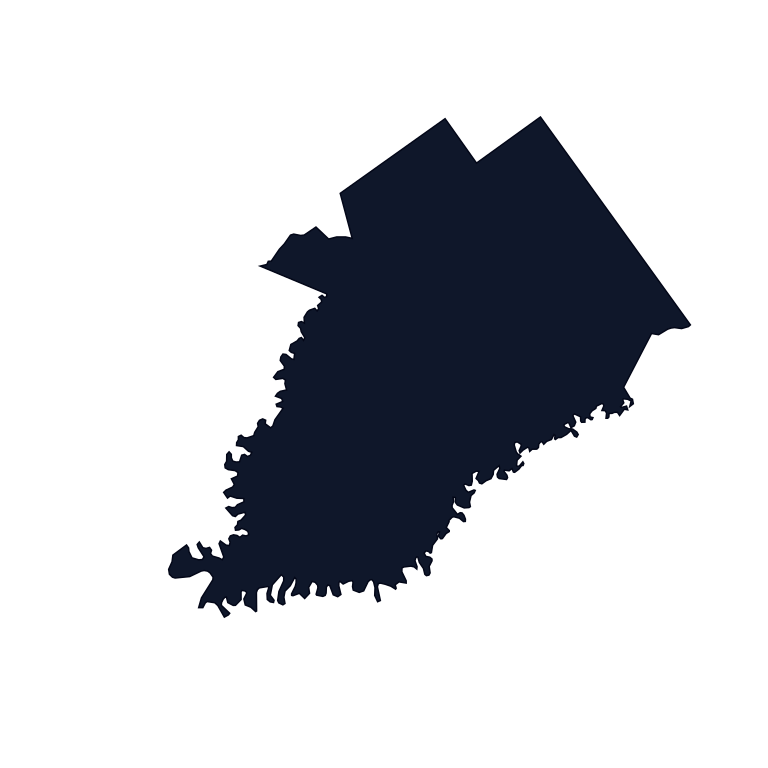 San Pedro, Misiones, Argentina, rotated 55°
{"feature_id": "61730980B51205763692060", "entity_name": "San Pedro", "entity_type": "district", "adm_level": 2, "iso_a3": "ARG", "parent_name": "Argentina", "parent_adm1": "Misiones", "projection": "orthographic", "projection_center": [-53.77, -26.751], "detail": "fine", "context": "isolated", "style": "filled", "palette": "ink", "viewbox_px": 768, "rotation_deg": 55, "n_neighbors": 0, "source": "geoboundaries", "source_scale": "gbopen_adm2", "svg_char_len": 6169}
<svg xmlns="http://www.w3.org/2000/svg" viewBox="0 0 768 768"><g transform="rotate(55 384 384)"><path d="M202.7,310.5L246.5,326.5L241.5,331.1L236.4,338.4L233.5,346.2L216.4,349.7L216.2,364.0L214.5,367.1L209.4,372.0L208.4,375.2L212.1,385.4L213.6,392.4L218.7,405.9L217.1,408.4L218.9,411.4L216.4,417.8L277.4,379.2L279.5,380.9L279.0,383.1L275.8,383.9L275.7,387.5L278.8,386.9L281.1,388.1L281.6,393.3L284.8,394.3L285.8,396.9L282.3,397.3L280.8,402.7L281.0,405.3L283.5,411.2L288.5,414.3L285.5,415.8L284.6,418.7L286.9,420.9L290.5,420.4L293.7,421.8L300.6,422.3L302.1,424.9L298.6,425.0L298.0,427.3L298.9,430.5L298.2,437.6L302.2,442.4L304.9,441.8L307.7,439.7L312.2,443.7L310.4,445.4L303.6,447.3L301.5,449.6L302.7,453.0L305.2,455.5L312.3,455.4L314.7,457.3L313.0,463.8L315.2,470.6L318.2,470.0L321.4,463.6L324.3,462.5L326.9,465.0L333.0,467.2L330.5,473.2L330.5,476.6L331.7,479.9L337.2,476.1L340.2,477.0L338.7,483.9L341.1,484.6L343.5,481.9L346.0,480.6L350.7,493.8L354.6,499.1L354.9,502.0L348.4,504.1L345.8,501.7L343.0,503.4L342.3,506.8L343.7,510.1L346.8,511.5L349.4,517.6L351.6,520.3L349.6,527.1L347.5,529.5L344.0,530.4L343.5,533.4L346.2,535.3L347.5,538.3L349.8,540.1L354.6,535.1L361.4,533.6L364.1,531.5L365.8,534.3L365.1,537.4L361.7,538.6L360.7,541.4L364.9,547.0L363.0,550.0L360.4,552.1L356.9,551.4L354.0,549.4L350.7,549.8L351.5,553.2L357.1,557.3L358.6,560.6L361.6,562.2L364.8,560.7L369.6,555.6L372.8,554.4L375.4,556.8L374.1,563.4L380.4,564.2L381.6,567.1L380.3,574.2L380.8,577.5L387.7,577.6L387.5,574.3L393.1,570.1L397.4,564.5L400.2,566.3L398.8,573.2L399.7,576.6L398.1,579.4L395.3,581.5L394.9,584.7L405.0,583.6L407.3,581.8L406.8,578.3L409.2,571.6L411.9,572.4L413.5,579.2L412.8,582.5L415.3,584.8L416.0,588.3L418.6,589.5L420.3,586.6L420.6,583.4L423.5,581.3L426.6,580.0L429.9,581.2L429.4,584.1L426.7,586.5L427.0,590.0L423.7,591.3L421.2,593.8L420.3,597.0L421.8,599.9L425.4,600.8L427.6,603.4L425.4,605.8L418.7,608.1L420.2,610.7L433.9,614.5L435.2,617.3L432.0,618.9L426.5,623.3L423.3,623.3L421.2,620.6L417.8,620.6L416.6,624.1L414.2,626.3L407.5,625.9L408.3,629.1L411.6,630.1L422.3,630.5L423.6,633.4L421.8,636.6L416.3,641.0L409.3,639.9L406.2,638.1L402.6,638.1L403.1,655.1L408.0,659.5L412.3,666.7L416.8,668.9L420.9,668.1L423.1,666.4L430.3,653.6L432.4,641.0L433.6,638.3L436.1,635.8L439.0,634.8L444.2,634.8L446.2,636.5L454.5,656.2L460.9,664.1L463.3,660.7L460.8,655.9L460.7,653.7L466.1,648.1L470.2,647.2L483.4,648.5L483.9,643.9L483.3,641.9L472.0,644.2L469.9,642.5L468.0,639.1L467.5,636.8L468.1,635.3L473.5,637.3L478.9,634.5L480.1,632.6L478.6,624.7L472.2,620.3L471.6,618.9L473.4,616.8L475.6,616.0L476.7,616.6L479.7,622.1L485.4,624.4L490.5,621.1L496.8,619.7L496.9,618.6L481.6,608.1L479.9,605.7L479.5,603.1L483.1,595.6L484.3,594.7L488.5,600.0L493.6,603.2L497.2,602.2L499.6,599.8L498.1,598.1L491.8,598.3L484.5,590.7L481.3,577.5L484.7,576.9L487.8,579.2L493.7,589.1L500.4,595.3L503.0,595.7L506.9,593.5L507.0,591.0L501.2,588.3L496.9,583.9L495.5,576.5L491.3,568.1L493.5,567.9L496.5,570.1L498.9,572.8L502.9,580.1L504.2,580.9L505.2,580.0L506.9,573.4L514.2,572.0L512.7,565.0L507.4,562.4L504.5,556.1L507.0,554.1L510.9,553.8L513.1,555.1L517.3,560.2L518.3,560.3L522.9,555.9L523.4,553.4L522.1,551.4L517.3,547.7L516.4,545.1L518.3,544.1L527.6,546.5L531.7,543.9L531.7,540.0L523.4,536.8L520.8,534.9L520.3,533.3L524.4,532.2L525.3,526.1L526.8,522.9L528.7,523.1L531.9,526.0L535.2,527.4L540.5,523.8L541.8,519.3L536.8,510.4L536.5,507.6L537.3,506.1L540.1,506.0L545.7,508.2L551.9,512.9L558.7,514.1L559.3,511.2L546.3,505.7L544.2,503.1L545.2,501.0L548.7,497.9L553.5,494.4L558.7,492.2L558.3,491.2L554.9,490.0L554.7,485.2L559.8,480.0L557.9,478.7L548.1,477.1L545.0,474.8L545.3,472.6L548.6,466.5L551.1,464.2L554.4,463.3L552.6,461.7L546.5,460.0L544.6,457.7L544.4,456.2L545.3,455.6L550.4,457.4L557.7,457.5L563.3,459.7L565.3,459.2L566.3,456.8L565.2,454.6L559.3,451.6L556.4,446.1L554.9,445.1L552.2,445.8L549.2,448.6L545.5,448.1L544.8,445.3L546.8,443.5L549.0,443.2L549.3,441.9L544.0,436.7L541.5,429.0L537.0,426.7L536.0,424.2L536.9,423.3L540.0,426.8L543.5,426.2L544.1,424.8L542.1,418.9L542.3,415.2L541.5,414.6L537.3,415.3L534.1,409.6L533.1,409.4L532.2,404.6L532.8,402.9L537.2,399.2L542.3,397.8L543.2,396.2L541.4,394.8L537.4,393.8L534.4,394.0L533.1,395.4L532.9,398.6L524.4,399.1L522.5,397.9L520.2,394.4L516.4,392.4L517.9,390.6L522.0,393.4L525.2,393.3L531.5,389.4L534.0,385.2L534.0,383.6L529.8,381.7L525.3,376.7L524.9,372.6L523.5,370.3L522.4,371.1L521.1,377.0L518.2,377.8L512.5,376.9L512.4,374.9L515.9,372.7L516.9,370.5L514.3,367.5L507.8,363.2L508.3,358.4L510.1,356.2L514.2,362.8L517.2,362.1L519.9,362.6L521.9,361.1L521.8,355.8L522.9,350.7L520.7,346.4L517.6,343.8L516.8,336.5L519.6,337.6L522.8,343.2L525.3,344.4L527.5,343.9L532.5,338.4L531.6,336.5L529.2,335.6L524.3,335.8L523.6,334.8L526.9,331.3L526.6,327.7L530.4,328.5L531.3,327.6L531.1,322.3L529.8,318.1L530.5,316.8L529.3,315.1L527.4,314.9L528.8,320.3L527.8,322.0L526.7,322.1L522.8,318.7L521.7,313.2L517.9,314.6L515.4,314.6L508.6,312.3L506.9,310.3L507.9,308.0L512.0,306.3L513.5,307.2L516.1,311.5L518.6,312.2L517.9,308.0L518.1,302.7L519.6,302.0L522.8,303.3L522.4,300.0L525.0,296.2L524.6,293.9L522.0,291.7L521.3,289.3L521.8,287.6L525.0,287.7L524.3,283.6L525.5,278.7L522.9,273.7L524.2,273.3L526.8,275.7L527.8,275.4L527.7,272.2L529.4,269.7L530.0,263.3L529.3,257.4L536.0,257.9L538.0,256.6L536.8,253.9L534.0,253.6L529.1,255.3L526.7,258.3L523.1,260.4L521.7,260.6L520.5,259.7L521.0,255.5L522.1,254.9L527.0,255.9L527.4,252.1L525.2,248.8L518.1,247.4L517.7,245.2L523.6,241.8L527.1,244.1L528.7,244.1L530.5,241.3L528.1,239.5L527.6,237.8L528.6,236.3L532.0,235.0L532.5,233.8L531.4,232.1L529.2,234.1L526.4,232.6L525.3,228.8L525.5,224.5L524.0,222.7L524.9,216.8L526.1,215.9L528.0,216.4L530.7,220.7L532.6,218.2L535.4,218.3L539.4,221.8L540.4,220.4L540.0,218.7L537.2,216.5L538.8,214.2L539.4,211.4L541.1,209.0L545.0,209.1L542.5,201.6L545.0,199.2L541.2,198.0L539.5,202.7L538.3,203.3L537.0,198.4L534.0,197.5L533.4,196.5L536.2,193.2L539.7,191.3L543.4,195.6L543.2,191.1L539.0,189.2L536.7,190.5L524.1,189.6L496.1,135.9L501.1,130.8L501.8,120.2L502.8,116.8L504.4,113.7L509.3,108.4L511.6,101.7L511.3,99.1L255.0,102.7L256.1,181.5L201.7,181.8L202.7,310.5Z" fill="#0f172a" stroke="#020617" stroke-width="1.5"/></g></svg>